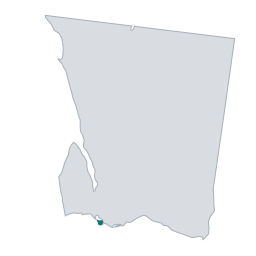 Dumyat, Dumyat, Egypt (highlighted), rotated 187°
{"feature_id": "37247803B80197492831052", "entity_name": "Dumyat", "entity_type": "district", "adm_level": 2, "iso_a3": "EGY", "parent_name": "Egypt", "parent_adm1": "Dumyat", "projection": "equal_earth", "projection_center": [31.855, 31.44], "detail": "fine", "context": "in_parent", "style": "filled", "palette": "teal", "viewbox_px": 256, "rotation_deg": 187, "n_neighbors": 0, "source": "geoboundaries", "source_scale": "gbopen_adm2", "svg_char_len": 4647}
<svg xmlns="http://www.w3.org/2000/svg" viewBox="0 0 256 256"><g transform="rotate(187 128 128)"><path d="M223.8,229.7L218.5,229.7L213.3,229.7L208.0,229.7L202.7,229.7L197.5,229.7L192.2,229.7L186.9,229.7L181.7,229.7L176.4,229.7L171.2,229.7L165.9,229.7L160.6,229.7L155.4,229.7L150.1,229.7L144.8,229.7L139.6,229.7L136.6,229.7L137.1,227.8L137.4,226.4L137.0,225.5L136.0,225.3L135.4,225.6L133.8,229.6L133.0,229.7L131.1,229.7L125.0,229.7L118.8,229.7L112.7,229.7L106.6,229.7L100.4,229.7L94.3,229.7L88.2,229.7L82.1,229.7L75.9,229.7L69.8,229.7L63.7,229.7L57.5,229.7L51.4,229.7L45.3,229.7L39.2,229.7L33.0,229.7L33.1,224.9L33.2,220.0L33.3,215.2L33.4,210.4L33.4,205.6L33.5,200.8L33.6,196.0L33.7,191.2L33.8,186.4L33.9,181.6L34.0,176.8L34.1,172.0L34.1,167.3L34.2,162.5L34.3,157.7L34.4,152.9L34.5,148.2L34.6,143.4L34.7,138.7L34.8,133.9L34.9,129.2L35.0,124.5L35.1,119.7L35.2,115.0L35.3,110.3L35.4,105.6L35.5,100.9L35.6,96.2L35.7,91.5L35.8,86.8L35.9,82.1L36.0,77.4L35.9,76.6L35.1,73.4L34.4,69.4L33.7,64.4L33.6,62.8L32.3,57.7L32.2,56.3L32.6,55.2L35.1,51.0L35.8,48.9L36.5,46.4L36.7,44.4L36.1,41.3L35.4,38.5L35.2,35.6L35.1,32.9L36.4,31.0L37.8,29.2L38.4,28.1L39.3,26.9L39.9,26.3L41.0,28.8L43.4,29.2L51.3,27.0L60.0,29.2L64.8,30.1L72.1,32.0L76.6,35.4L77.8,35.8L81.1,35.7L83.2,37.7L91.6,38.7L96.1,40.9L98.7,42.7L100.2,43.3L101.6,43.2L103.4,42.5L105.7,41.2L108.3,39.5L113.5,35.1L115.4,34.3L116.6,34.5L118.1,34.4L118.7,33.2L119.5,32.4L120.0,31.5L120.8,30.3L123.5,30.0L128.9,28.1L128.3,29.0L123.4,31.2L125.5,31.4L127.7,30.7L130.1,30.2L130.6,29.3L130.9,27.6L131.4,27.3L133.1,27.7L138.2,30.3L139.5,30.4L143.1,28.9L143.8,28.6L145.0,29.4L147.7,32.7L146.7,32.7L143.9,29.8L143.6,31.2L142.0,33.7L144.0,34.8L145.7,35.2L146.6,36.6L147.1,37.8L148.8,37.3L149.9,35.6L149.3,34.7L148.9,33.7L149.4,33.7L150.6,34.5L153.8,37.7L154.9,38.3L156.1,38.2L158.8,37.3L159.5,37.5L163.0,36.3L163.4,37.2L164.0,38.0L166.9,37.1L171.3,37.1L175.0,36.0L179.2,33.5L179.5,33.1L179.7,33.7L180.3,35.5L181.6,39.9L182.7,43.3L184.2,48.1L184.6,49.9L184.8,51.2L186.9,56.5L188.1,60.8L189.0,64.3L190.3,69.5L190.8,71.3L190.0,72.2L188.3,75.6L186.5,86.3L183.9,94.6L183.6,99.9L183.2,101.8L182.0,104.5L180.4,107.1L177.7,105.7L173.2,101.1L170.6,96.8L167.8,94.0L165.1,90.2L164.4,87.6L164.4,85.9L163.2,81.7L162.4,79.7L159.2,75.3L158.2,72.9L157.5,71.9L156.8,70.4L155.6,64.6L154.4,61.0L152.9,62.0L153.2,63.5L151.9,65.6L151.2,68.1L151.8,70.1L154.4,73.2L154.9,74.5L155.5,77.4L155.4,81.4L155.9,82.7L157.8,85.7L158.6,87.4L159.0,88.9L159.6,90.3L161.6,92.9L164.4,97.8L167.1,101.1L169.0,102.7L169.9,104.3L170.1,108.4L169.9,110.4L171.7,114.1L172.3,116.0L173.9,117.5L174.7,119.2L175.4,122.1L176.5,130.5L177.9,132.6L182.4,143.7L186.2,150.8L188.1,156.1L190.9,162.5L196.4,176.6L199.7,181.0L201.0,183.4L203.4,185.3L205.9,188.1L203.5,187.8L202.9,188.0L202.1,188.4L201.7,190.1L201.5,191.5L201.9,198.7L202.6,202.3L204.8,209.3L206.4,211.4L207.2,212.7L208.3,213.7L213.3,216.1L216.4,221.1L223.1,227.5L223.8,229.3L223.8,229.7Z" fill="#d9dde1" stroke="#a8b0b8" stroke-width="1"/><path d="M146.5,32.3L146.6,32.2L146.4,32.0L145.7,31.3L145.7,31.2L145.4,30.7L145.3,30.4L145.2,30.4L145.2,30.2L145.1,29.9L145.0,29.7L144.9,29.5L144.9,29.4L145.0,29.5L145.2,29.8L145.3,29.9L145.2,29.8L145.2,29.7L145.3,29.8L145.3,30.0L145.3,29.9L145.3,29.7L145.3,29.8L145.3,30.0L145.4,29.9L145.4,30.0L145.4,29.9L145.4,30.1L145.4,29.9L145.4,29.7L145.2,29.6L144.9,29.4L144.7,29.2L144.4,28.9L144.2,28.9L143.7,28.9L143.4,29.0L143.3,28.9L143.2,28.9L143.2,29.0L143.1,29.3L143.0,29.5L142.9,29.6L142.9,29.8L142.9,30.0L142.6,30.3L142.5,30.5L142.6,30.8L142.7,30.7L142.8,30.8L142.9,31.0L143.0,31.1L143.0,31.3L142.9,31.3L142.9,31.5L142.7,31.6L142.4,31.5L142.2,31.4L142.0,31.6L141.9,31.6L141.8,31.3L141.8,31.6L141.7,31.6L141.7,31.8L141.7,32.0L141.6,32.3L141.7,32.2L141.8,32.1L142.0,32.2L142.3,32.1L142.5,32.3L142.8,32.4L143.4,32.5L143.4,32.4L143.3,32.2L143.2,32.1L143.2,31.9L143.3,31.9L143.2,31.8L143.1,31.7L143.1,31.4L143.3,31.4L143.2,31.3L143.3,31.3L144.9,31.8L145.1,31.8L145.4,32.0L145.5,32.1L145.8,32.1L146.5,32.3ZM143.4,31.4L143.5,31.1L143.6,30.9L143.5,30.7L143.7,30.4L143.7,30.2L143.8,30.0L143.9,29.8L144.0,29.8L143.9,29.8L143.9,30.0L144.0,30.1L144.0,29.7L144.0,29.8L144.0,29.7L143.9,29.7L143.7,29.6L143.5,29.4L143.4,29.4L143.5,29.4L143.5,29.2L143.8,29.4L144.0,29.6L144.3,29.5L144.5,29.5L144.8,29.7L144.9,30.0L144.9,30.3L145.1,30.5L145.2,31.0L145.4,31.4L145.2,31.6L144.9,31.8L143.4,31.4ZM142.9,29.5L142.7,29.4L142.3,29.5L142.2,29.7L142.2,29.8L142.2,30.2L142.2,30.3L142.2,30.6L142.2,31.1L142.3,31.2L142.3,31.3L142.4,31.2L142.5,31.2L142.5,30.9L142.4,30.7L142.5,30.3L142.6,30.2L142.8,30.2L142.9,29.9L142.9,29.7L142.9,29.5Z" fill="#14b8a6" stroke="#0f766e" stroke-width="1.5"/></g></svg>